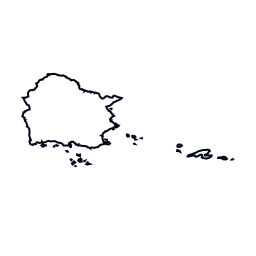 outline of Mueang Krabi, Krabi, Thailand, rotated 277°
{"feature_id": "78962969B35489784077256", "entity_name": "Mueang Krabi", "entity_type": "district", "adm_level": 2, "iso_a3": "THA", "parent_name": "Thailand", "parent_adm1": "Krabi", "projection": "equal_earth", "projection_center": [98.827, 7.974], "detail": "fine", "context": "isolated", "style": "outline", "palette": "ink", "viewbox_px": 256, "rotation_deg": 277, "n_neighbors": 0, "source": "geoboundaries", "source_scale": "gbopen_adm2", "svg_char_len": 5820}
<svg xmlns="http://www.w3.org/2000/svg" viewBox="0 0 256 256"><g transform="rotate(277 128 128)"><path d="M99.6,35.8L100.4,36.0L100.5,37.0L101.0,37.5L100.7,38.2L100.9,38.6L102.6,39.1L102.9,39.7L102.3,41.6L103.1,44.3L103.8,44.3L103.2,44.8L103.8,47.7L105.2,49.7L105.5,51.1L105.2,52.6L106.1,57.0L105.2,59.0L104.8,62.5L104.9,63.3L104.0,65.1L102.7,66.2L103.4,71.2L102.9,72.4L102.0,73.2L102.3,73.7L104.0,73.7L104.5,71.5L104.9,71.2L105.8,71.4L106.1,71.7L105.9,72.8L107.2,72.9L107.4,73.4L107.7,75.2L107.4,75.3L106.2,77.9L105.8,78.3L105.2,78.1L105.1,80.0L105.7,80.8L104.6,80.8L104.9,82.7L104.7,83.8L104.8,89.0L103.9,90.2L103.9,91.5L103.1,93.2L103.5,93.1L104.4,94.6L104.1,97.0L105.1,98.9L105.4,100.5L107.8,102.6L108.4,103.7L108.5,104.6L109.2,105.9L109.5,106.9L109.2,107.6L109.4,108.5L109.2,109.8L109.4,111.3L110.5,112.0L110.9,111.3L111.6,111.0L111.6,110.1L111.2,109.2L111.2,105.4L114.8,103.8L116.8,104.0L117.1,103.4L117.0,103.1L116.9,103.4L117.0,103.1L117.5,102.7L118.0,103.4L119.7,104.0L122.0,105.8L122.1,106.3L121.8,106.5L122.1,107.0L124.6,109.9L125.5,111.3L125.4,112.8L124.8,113.3L124.9,113.7L125.2,114.1L125.6,113.9L126.1,113.0L126.8,113.4L127.6,115.5L127.6,115.9L127.1,116.2L128.5,118.2L129.1,118.5L129.0,117.7L129.4,117.3L129.0,116.4L128.5,116.5L128.7,115.4L129.7,114.6L130.5,114.7L130.7,115.3L130.9,114.8L130.6,114.6L130.6,114.1L131.6,112.5L132.4,111.7L132.3,110.6L132.7,110.7L133.0,109.7L133.7,109.5L133.9,109.8L134.0,109.2L134.3,109.1L135.2,109.5L138.1,111.9L138.3,112.5L138.9,111.6L139.5,111.6L139.5,110.7L140.5,110.2L141.4,108.8L142.1,108.8L142.6,107.8L142.9,106.3L143.6,106.2L144.1,105.2L146.5,103.8L147.9,107.2L150.8,110.0L151.5,110.3L156.0,117.5L157.0,118.2L157.5,113.8L158.3,111.5L158.3,109.7L156.3,109.0L156.1,108.1L156.4,105.8L157.0,104.2L156.8,102.2L154.5,100.3L154.0,98.9L154.8,97.4L156.1,96.1L158.0,95.3L158.9,94.0L158.7,92.9L159.2,91.6L158.4,90.5L159.1,90.0L159.4,88.6L159.4,87.1L158.9,86.9L159.3,86.5L159.1,86.2L159.7,86.0L159.2,83.3L159.5,83.1L159.9,81.4L159.9,80.9L159.6,80.6L160.0,80.7L160.2,80.4L160.2,78.4L160.7,78.3L161.0,77.7L160.7,76.8L160.9,75.5L162.3,74.5L163.7,74.7L164.2,74.4L164.9,73.2L165.4,73.5L166.4,73.2L166.1,72.7L167.1,71.9L167.3,71.1L167.8,70.9L169.0,68.6L168.8,66.7L168.5,66.3L168.8,65.9L168.6,65.2L169.7,64.2L170.0,62.3L170.6,61.4L170.6,60.6L171.1,60.5L170.9,60.1L171.5,59.9L172.3,57.1L172.0,57.0L171.8,56.0L171.8,53.7L172.1,53.3L171.8,52.1L172.3,51.4L172.4,50.2L172.7,49.5L172.6,48.4L172.8,48.1L172.4,47.3L172.4,45.9L172.1,45.4L172.0,44.3L171.3,43.9L171.1,43.1L171.9,42.5L171.8,41.9L171.1,41.5L170.5,42.0L170.4,41.7L169.4,41.6L168.5,40.3L168.0,38.9L166.4,37.9L165.9,36.8L165.6,36.9L165.6,36.1L165.0,35.5L164.9,34.8L164.0,33.9L162.2,33.3L161.4,32.2L161.4,31.6L160.9,31.4L160.2,32.2L159.6,32.1L159.2,32.7L158.5,32.7L157.1,32.2L156.3,31.3L154.7,30.5L154.4,30.0L154.5,29.2L153.9,28.7L153.8,26.6L151.8,24.8L150.1,24.4L147.1,25.3L145.6,22.4L145.2,20.0L144.1,21.3L142.9,21.7L138.9,24.8L138.4,26.8L136.1,27.9L134.4,28.1L133.6,26.0L132.9,25.3L132.0,23.7L130.9,23.5L130.9,22.4L126.7,21.8L126.3,22.7L125.8,23.1L125.6,24.1L124.0,24.2L123.6,24.7L123.5,25.3L122.4,24.9L122.1,25.5L120.4,26.7L117.5,27.9L117.1,27.6L116.4,29.1L114.9,30.2L110.8,30.9L108.9,30.8L105.5,32.3L104.5,32.3L104.7,32.6L104.2,33.2L103.9,33.0L103.8,32.3L103.3,32.5L102.6,31.8L100.1,33.0L99.8,33.8L99.6,35.8ZM115.4,205.4L113.4,200.6L112.2,199.1L109.8,194.7L108.5,191.5L107.8,190.8L107.0,190.6L107.0,191.9L107.5,192.5L108.8,196.6L108.7,197.8L107.8,198.3L107.8,198.7L108.4,200.7L109.9,202.4L110.5,204.2L110.2,204.7L109.4,204.8L108.8,205.4L107.8,204.8L107.3,205.9L107.2,209.5L108.2,212.0L110.1,214.3L111.0,214.3L110.6,212.4L110.5,210.1L110.0,208.2L110.5,207.5L110.9,207.6L111.3,208.9L112.3,210.3L114.3,211.1L115.0,212.0L116.0,211.4L116.3,209.8L115.7,208.3L115.4,205.4ZM111.1,227.5L111.1,226.2L110.4,224.6L109.4,220.3L109.2,221.0L109.6,224.0L108.5,226.3L109.4,227.1L108.5,228.3L109.3,229.9L109.5,229.9L109.7,229.3L110.5,229.0L111.1,227.5ZM116.5,179.1L115.5,179.4L115.4,181.0L116.1,182.9L117.1,183.7L117.9,182.7L117.9,180.5L117.4,179.6L116.5,179.1ZM120.9,133.4L120.6,133.2L120.1,133.6L119.4,133.6L119.0,134.7L119.1,135.2L119.9,135.6L120.1,136.4L120.5,136.3L120.7,135.3L120.9,133.4ZM121.4,127.7L120.3,127.8L119.4,128.6L119.8,129.3L119.7,129.8L120.4,129.9L121.4,129.1L121.4,127.7ZM87.6,91.7L87.0,91.1L86.8,92.1L87.6,94.4L88.0,92.9L89.0,92.1L88.4,91.6L87.6,91.7ZM112.1,179.6L111.1,179.5L111.2,181.3L110.7,182.6L111.3,182.3L111.8,181.4L112.1,179.6ZM91.1,84.7L90.7,84.3L90.3,85.0L90.3,85.8L91.1,85.8L92.1,84.7L91.7,84.3L91.1,84.7ZM87.4,79.9L88.2,78.8L88.2,78.2L87.7,77.9L87.4,78.5L86.7,78.9L86.7,79.3L87.4,79.9ZM95.2,82.5L94.3,82.9L94.5,83.8L95.7,83.6L95.2,82.5ZM101.6,45.5L100.4,44.4L100.2,46.0L100.9,45.9L101.2,46.3L101.6,45.5ZM85.6,78.0L86.4,77.7L86.1,76.7L85.8,76.7L85.1,77.6L85.6,78.0ZM99.6,45.2L99.1,45.4L99.3,46.6L99.8,46.7L100.2,46.0L99.6,45.2ZM90.4,83.7L90.7,82.9L90.0,82.6L89.8,83.5L90.4,83.7ZM95.4,81.4L95.5,80.6L94.8,80.7L94.7,81.3L95.4,81.4ZM97.6,69.8L97.1,70.3L97.2,71.0L97.8,70.5L97.6,69.8ZM90.0,75.3L89.8,75.0L89.1,75.6L89.6,76.0L90.0,75.3ZM102.0,60.3L102.3,59.3L102.1,59.2L101.6,59.9L102.0,60.3ZM100.8,48.7L100.9,48.0L100.4,47.3L100.5,48.7L100.8,48.7ZM88.9,83.5L88.5,84.4L88.7,85.0L89.1,83.7L88.9,83.5ZM83.8,80.2L83.2,79.9L83.7,80.5L83.8,80.2ZM145.0,109.3L145.2,108.9L145.0,108.5L144.7,109.0L145.0,109.3ZM117.7,136.3L117.4,136.4L117.6,137.1L117.8,136.6L117.7,136.3ZM109.7,236.0L109.9,235.5L109.4,235.1L109.5,235.8L109.7,236.0ZM101.2,57.2L100.9,56.8L100.6,56.7L100.6,57.2L101.2,57.2ZM113.8,108.5L113.8,107.7L113.7,107.6L113.4,108.5L113.8,108.5ZM90.2,89.3L89.8,88.6L89.7,88.7L89.7,89.1L90.2,89.3ZM119.4,142.4L119.3,142.7L119.4,143.1L119.7,143.0L119.4,142.4ZM112.9,136.8L113.2,136.4L113.1,136.0L112.9,136.1L112.9,136.8ZM113.8,106.8L113.9,106.4L113.7,106.1L113.8,106.8Z" fill="none" stroke="#020617" stroke-width="2"/></g></svg>